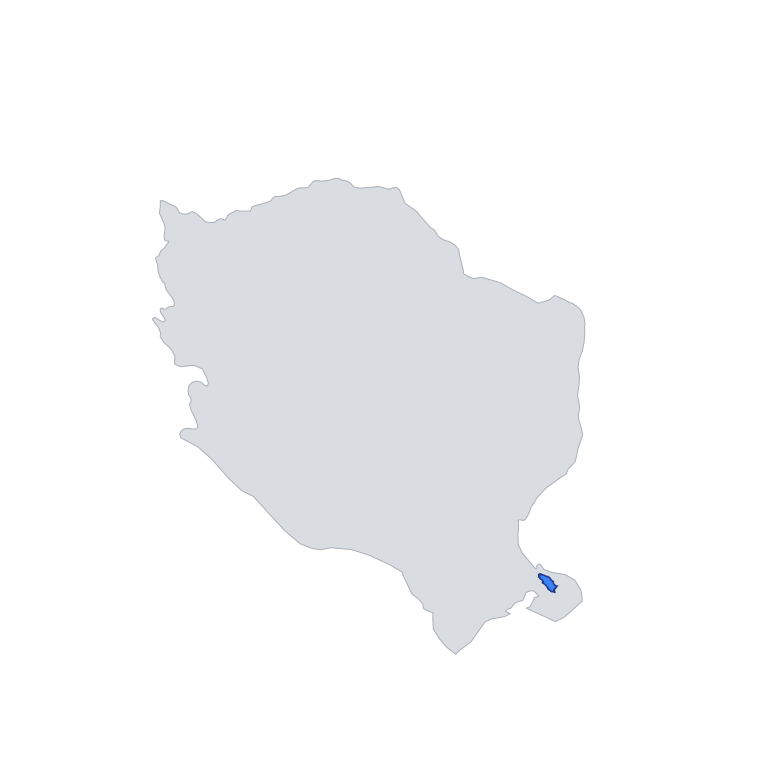 Maliuc, Tulcea, Romania shown in context, rotated 37°
{"feature_id": "2599482B10791122672242", "entity_name": "Maliuc", "entity_type": "district", "adm_level": 2, "iso_a3": "ROU", "parent_name": "Romania", "parent_adm1": "Tulcea", "projection": "natural_earth1", "projection_center": [29.072, 45.185], "detail": "fine", "context": "in_parent", "style": "filled", "palette": "blue", "viewbox_px": 768, "rotation_deg": 37, "n_neighbors": 0, "source": "geoboundaries", "source_scale": "gbopen_adm2", "svg_char_len": 6529}
<svg xmlns="http://www.w3.org/2000/svg" viewBox="0 0 768 768"><g transform="rotate(37 384 384)"><path d="M581.4,423.4L587.8,431.4L596.0,435.7L615.0,440.2L616.7,439.7L616.9,438.8L615.6,437.7L615.4,436.2L616.3,434.3L618.9,434.2L623.2,435.9L631.3,433.5L643.4,427.1L654.4,425.8L664.5,429.6L669.6,434.0L672.9,438.2L671.9,443.4L671.3,446.6L668.7,460.0L666.8,465.0L663.9,470.6L632.6,477.3L634.6,474.1L633.9,468.5L632.6,464.2L635.5,460.4L628.5,459.0L625.4,461.1L623.0,464.8L625.1,473.2L621.7,477.9L620.4,480.5L620.2,486.7L618.2,489.4L617.8,492.3L622.8,491.5L620.5,496.9L611.1,507.2L607.8,513.3L608.6,537.6L604.4,552.2L604.0,556.5L594.0,556.6L591.0,556.3L581.6,554.1L571.0,550.2L564.7,542.7L560.8,537.3L551.8,539.8L550.1,539.1L547.6,536.5L540.8,534.8L532.5,534.8L513.8,525.0L511.7,523.3L496.9,525.0L474.8,529.8L457.8,535.8L440.3,546.5L433.1,554.6L424.8,558.9L413.1,562.1L392.3,560.8L370.6,556.8L347.4,552.4L334.7,554.8L317.7,553.0L292.1,547.8L273.0,546.2L254.1,549.3L251.0,546.9L250.3,544.2L251.2,540.4L253.9,537.4L258.5,535.0L261.0,532.7L261.3,530.3L256.3,526.4L245.9,521.1L241.6,517.8L240.6,517.0L240.4,514.0L238.3,511.7L234.3,510.0L231.2,506.9L229.1,502.4L229.7,498.2L232.9,494.2L237.1,492.5L242.0,493.0L244.1,491.9L243.3,489.1L238.6,485.6L229.8,481.3L220.7,483.6L211.3,492.6L204.6,494.1L200.7,488.0L193.6,484.4L183.2,483.3L176.9,481.0L174.6,477.5L170.1,474.8L160.2,471.9L160.1,469.2L161.8,468.5L165.3,468.3L170.1,467.7L170.9,466.2L171.0,464.7L167.3,462.9L163.5,461.7L161.6,460.5L160.4,459.2L160.2,457.7L161.3,456.8L162.8,456.7L164.4,455.9L165.3,452.6L167.5,449.9L169.0,448.9L168.9,446.9L167.5,445.1L165.4,443.5L162.4,442.5L153.0,439.7L148.3,435.7L145.4,435.6L140.8,433.4L135.8,430.0L131.7,425.2L127.1,422.1L125.9,420.8L125.8,419.6L126.7,418.2L126.8,416.7L125.7,412.0L126.7,407.0L126.6,402.3L126.6,400.2L125.8,399.5L124.9,400.2L123.7,401.1L122.6,401.3L119.2,397.9L115.1,390.9L112.2,388.5L106.6,385.3L101.8,382.7L98.5,376.8L95.1,372.3L97.5,370.4L111.5,367.8L117.8,370.4L120.7,369.5L123.7,367.4L125.3,365.7L125.6,363.9L127.1,361.7L131.8,360.6L144.1,362.0L149.2,358.9L151.1,357.2L152.4,353.4L153.8,350.4L158.3,348.8L158.3,346.1L157.7,343.1L160.5,336.4L162.1,333.7L164.7,332.7L167.8,330.6L173.2,326.2L172.1,322.4L173.2,319.6L178.9,312.7L183.3,306.1L183.3,302.8L184.0,300.0L187.8,296.8L191.7,292.7L197.2,279.8L199.1,277.7L202.5,275.2L205.1,272.8L205.6,264.4L208.0,261.9L212.6,259.2L217.1,254.8L220.9,249.6L223.8,247.2L227.5,246.5L231.5,244.5L236.0,243.7L240.3,244.7L243.1,244.2L247.3,241.7L258.1,232.2L259.7,230.3L261.9,229.0L270.6,225.7L272.8,222.4L275.8,219.5L279.6,219.7L291.9,227.0L305.2,226.5L307.6,226.8L308.4,227.0L310.0,227.6L327.7,231.2L330.4,230.8L331.2,230.5L338.2,233.4L344.5,233.1L350.6,231.0L356.8,230.3L362.5,231.5L366.8,235.7L377.9,244.6L381.2,248.0L386.4,247.5L392.2,245.8L398.1,239.8L416.0,233.1L429.6,231.4L442.9,228.7L458.3,226.8L462.8,221.3L465.3,217.5L467.1,210.5L475.4,208.5L483.3,207.1L486.1,206.2L491.8,205.9L496.2,206.5L503.1,210.0L507.8,214.3L509.7,217.7L513.8,222.5L518.1,229.3L522.7,238.4L523.8,243.0L525.5,247.9L529.0,254.0L535.8,260.6L536.7,261.9L539.8,266.6L545.7,277.0L550.6,281.2L555.0,285.8L557.0,290.3L560.1,294.5L567.4,300.0L573.3,305.0L578.0,319.4L581.3,326.0L583.4,331.1L582.3,341.4L583.6,345.8L580.9,353.8L575.9,370.0L574.7,382.9L575.5,389.8L575.6,394.3L576.8,397.1L578.1,403.0L578.3,408.1L576.5,409.6L574.0,410.8L573.0,411.9L575.3,414.2L578.4,418.5L581.4,423.4Z" fill="#d9dde1" stroke="#a8b0b8" stroke-width="1"/><path d="M643.9,441.4L643.8,441.5L643.7,441.5L643.6,441.4L643.4,441.4L643.3,441.5L643.1,441.5L642.9,441.6L642.8,441.8L642.8,441.7L642.7,441.7L641.7,441.8L641.4,441.7L641.2,441.7L640.9,441.7L640.3,441.6L640.1,441.5L639.9,441.5L639.8,441.4L639.7,441.3L639.4,441.2L639.2,441.1L638.9,440.9L638.7,440.8L638.6,440.7L638.5,440.3L638.4,440.2L638.2,440.0L638.2,439.9L637.7,439.9L637.4,439.9L636.8,439.9L636.8,440.0L636.5,440.1L636.4,440.1L636.2,440.1L635.9,440.0L635.8,439.9L635.7,439.9L635.3,439.9L635.2,439.8L634.9,439.8L634.6,439.7L634.3,439.4L634.1,439.4L633.6,439.4L633.4,439.2L633.2,439.2L632.9,439.1L632.7,439.0L632.3,439.0L632.2,439.0L631.9,439.2L631.7,439.1L631.5,439.3L631.4,439.3L631.2,439.3L630.8,439.2L630.7,439.2L630.6,439.3L630.5,439.5L630.4,439.6L630.2,439.7L629.9,439.6L629.6,439.6L629.4,440.0L629.0,440.2L628.9,440.2L628.6,440.2L628.1,440.2L627.9,440.2L627.7,440.2L627.6,440.3L627.3,440.3L627.2,440.3L626.9,440.5L626.5,440.7L626.4,440.8L626.0,440.7L625.9,440.8L625.5,440.9L625.4,440.9L625.2,441.0L624.9,441.2L624.9,441.3L624.7,441.3L624.3,441.3L624.1,441.3L623.8,441.3L623.7,441.3L623.3,441.4L623.2,441.5L623.0,441.8L622.9,441.8L623.0,442.0L623.4,442.0L623.4,441.9L623.4,442.0L623.5,442.0L623.6,442.3L623.7,442.5L623.3,442.6L623.2,442.6L623.0,442.8L622.7,443.0L622.5,443.3L622.4,443.3L622.5,443.4L622.5,443.5L623.0,444.0L623.3,444.3L623.5,444.6L623.5,444.8L623.6,445.1L623.8,445.0L623.9,444.9L624.0,444.9L624.4,444.8L624.5,444.7L624.8,444.6L624.9,444.8L624.9,445.0L625.0,445.1L625.3,445.0L625.5,445.3L625.6,445.5L625.9,445.5L626.1,445.4L626.2,445.2L626.2,445.3L626.4,445.5L626.5,445.5L626.9,445.5L627.1,445.4L627.3,445.4L627.4,445.5L627.5,445.5L628.2,445.4L628.3,445.4L628.6,445.5L629.1,445.6L629.8,445.8L629.7,446.0L629.6,446.3L629.8,446.3L630.0,446.3L630.3,446.4L630.2,446.5L630.2,446.8L630.2,447.1L630.1,447.3L630.2,447.5L630.7,447.4L631.2,447.3L631.7,447.3L631.8,447.3L632.1,447.2L632.4,447.2L632.7,447.2L632.9,447.2L633.1,447.3L633.6,447.3L634.3,447.4L634.6,447.5L635.0,447.6L635.8,447.8L636.0,447.8L636.3,447.9L636.4,448.0L636.7,448.2L636.9,448.3L637.0,448.2L637.3,448.1L637.5,448.1L637.7,448.3L637.8,448.3L637.7,448.4L637.8,448.5L637.9,448.8L638.1,448.9L638.4,448.9L638.5,448.9L638.8,449.0L639.0,449.0L639.4,448.9L639.5,448.9L639.9,449.0L640.0,449.1L640.2,448.9L640.3,448.9L640.5,448.8L640.8,448.8L641.0,448.8L641.4,448.8L641.5,448.8L641.8,449.0L642.0,449.1L642.3,449.0L642.6,449.0L642.8,449.0L643.0,448.9L643.3,448.8L643.3,448.7L643.5,448.5L643.6,448.3L643.7,448.1L643.8,448.0L644.0,448.0L644.8,447.9L645.0,447.9L645.3,447.8L645.5,447.8L645.5,447.7L645.7,447.4L645.4,447.3L645.3,447.2L645.2,447.1L645.1,446.8L645.0,446.7L644.9,446.7L644.7,446.7L644.6,446.8L644.4,446.8L644.4,446.7L644.2,446.5L644.1,446.4L643.9,446.4L643.7,446.4L643.6,446.2L643.6,445.9L643.5,445.7L643.3,445.7L643.3,445.3L643.3,445.2L643.3,444.9L643.3,444.6L643.7,444.6L643.9,444.7L644.0,444.5L644.0,444.3L644.0,444.2L644.0,443.8L643.9,443.6L643.9,443.3L643.9,442.9L643.9,442.4L643.7,442.4L643.8,442.1L643.8,441.8L643.9,441.6L643.9,441.4Z" fill="#3b82f6" stroke="#1e3a8a" stroke-width="1.5"/></g></svg>